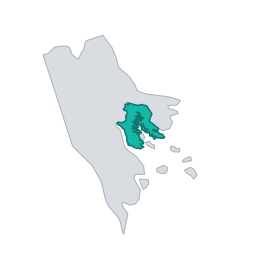 Guinea-Bissau, with Quinara highlighted, rotated 252°
{"feature_id": "GNB-773", "entity_name": "Quinara", "entity_type": "Region", "adm_level": 1, "iso_a3": "GNB", "parent_name": "Guinea-Bissau", "parent_adm1": "", "projection": "albers", "projection_center": [-15.226, 11.637], "detail": "fine", "context": "in_parent", "style": "filled", "palette": "teal", "viewbox_px": 256, "rotation_deg": 252, "n_neighbors": 0, "source": "natural_earth", "source_scale": "10m", "svg_char_len": 6428}
<svg xmlns="http://www.w3.org/2000/svg" viewBox="0 0 256 256"><g transform="rotate(252 128 128)"><path d="M28.5,91.2L32.1,90.6L41.0,91.7L47.9,90.4L52.7,88.3L59.3,85.4L65.7,84.5L85.7,85.9L103.0,82.4L115.9,75.8L127.8,69.7L143.2,69.7L159.7,69.8L183.2,69.8L201.8,69.8L223.8,69.8L223.6,75.3L227.5,82.9L226.9,88.6L225.3,94.0L223.9,96.2L221.9,97.4L216.0,97.4L213.6,98.5L209.6,100.6L209.5,103.1L212.7,105.5L215.3,108.8L218.3,111.4L223.4,114.4L223.9,117.7L224.1,126.1L223.9,132.7L209.4,137.6L198.3,138.5L188.9,138.0L184.8,140.0L176.7,145.0L166.7,148.0L161.5,148.2L159.1,150.0L155.2,155.1L144.4,177.5L140.8,182.8L137.9,186.3L134.5,181.6L137.1,172.8L134.3,172.9L128.8,180.0L126.1,180.2L126.5,171.8L123.4,171.5L119.8,172.1L114.8,167.7L114.4,164.5L114.8,159.9L117.8,157.0L117.4,155.7L114.5,155.4L111.2,156.2L109.2,154.8L112.5,148.9L124.1,143.9L129.9,143.4L135.9,142.2L132.6,138.0L125.6,136.3L119.9,137.4L117.1,140.5L113.6,141.1L107.7,133.8L107.8,130.1L110.0,125.8L113.4,123.9L126.8,123.9L131.9,121.5L134.0,121.0L135.9,118.8L135.5,117.3L133.3,117.3L128.3,120.1L112.1,119.0L107.0,120.8L98.0,127.4L86.9,131.1L78.9,129.5L81.4,120.6L80.3,119.4L77.8,117.9L66.0,120.7L57.1,116.6L53.6,111.7L54.2,105.5L58.4,101.3L59.1,99.2L54.7,98.8L46.5,101.4L28.5,91.2ZM67.4,178.2L62.1,179.2L59.7,175.9L59.4,174.6L62.1,173.5L63.3,173.4L65.4,171.0L68.0,169.4L69.2,168.9L70.5,169.0L71.4,174.4L70.2,176.6L67.4,178.2ZM81.4,151.0L78.3,153.1L75.2,152.1L73.5,150.2L73.7,146.9L77.3,142.1L80.6,142.8L81.4,151.0ZM75.9,123.1L72.5,131.3L68.3,130.4L65.4,125.5L65.1,123.4L73.6,122.8L75.9,123.1ZM93.0,167.8L93.0,170.6L90.2,170.1L89.4,169.2L91.1,164.3L93.5,162.1L96.5,162.4L97.4,163.1L96.8,165.0L95.5,166.6L93.0,167.8ZM104.3,146.3L103.7,147.9L100.0,146.5L105.4,140.9L109.0,139.9L108.9,144.3L106.1,145.2L104.3,146.3ZM81.8,176.7L81.1,178.6L77.3,178.3L78.2,176.4L77.3,175.9L78.4,170.2L79.0,169.3L80.9,171.4L81.2,172.3L81.8,176.7Z" fill="#d9dde1" stroke="#a8b0b8" stroke-width="1"/><path d="M112.6,136.7L112.7,135.8L110.5,137.9L109.4,138.4L108.2,137.6L108.6,137.0L108.5,135.6L108.7,134.8L107.8,134.8L107.3,135.1L106.9,135.5L106.4,135.8L106.4,136.0L105.9,136.6L105.3,137.0L105.1,136.5L104.8,135.4L104.5,134.3L104.5,133.1L105.7,131.3L106.2,129.8L106.7,129.2L109.1,126.6L109.9,126.1L110.3,126.0L110.5,125.8L110.5,125.0L110.7,124.3L111.0,123.7L111.9,122.9L112.3,122.9L112.5,123.4L112.7,123.6L112.9,123.7L113.2,123.9L113.4,123.3L113.8,123.0L114.1,123.1L114.6,122.9L116.1,123.0L118.7,123.7L120.1,123.9L128.3,123.9L128.6,123.7L129.7,122.7L130.0,122.4L131.8,122.0L132.9,121.1L133.7,120.0L134.8,119.3L136.3,119.3L136.5,120.3L136.1,121.7L135.4,122.7L135.0,124.0L135.0,125.6L135.4,127.3L136.1,128.4L137.4,129.0L139.0,129.3L140.5,129.8L141.1,131.0L141.8,131.7L143.4,132.1L144.9,131.8L145.6,130.7L145.9,129.8L146.3,129.5L147.0,129.4L147.6,129.7L147.8,130.2L147.9,130.7L148.3,131.3L148.5,131.9L148.7,132.1L149.1,131.9L149.4,131.8L149.6,131.8L151.3,132.5L151.6,132.8L151.3,133.4L149.7,135.3L149.8,135.7L151.9,135.5L150.3,138.3L147.3,142.8L146.4,144.7L146.4,145.1L146.3,145.9L146.3,147.1L146.3,147.6L146.2,147.9L146.1,148.3L146.0,148.5L145.8,148.8L145.5,149.1L145.1,149.6L144.3,151.2L143.6,152.3L143.2,152.5L142.6,152.8L140.1,153.4L139.8,153.5L139.1,153.8L138.8,153.9L137.2,154.2L134.8,155.0L134.4,155.0L133.9,154.9L133.1,154.5L132.7,154.2L132.4,154.0L131.4,152.7L131.2,152.5L130.9,152.3L130.4,152.1L129.3,151.3L128.1,150.7L127.8,150.6L126.6,151.0L123.4,153.7L122.8,154.1L122.7,154.2L123.1,153.3L119.5,156.2L118.1,156.9L117.1,156.3L116.9,155.6L117.2,153.5L117.6,152.9L118.4,152.0L118.9,151.3L118.6,150.9L117.5,151.2L116.6,152.1L116.1,153.2L115.9,154.4L115.4,155.2L114.5,155.7L113.4,156.0L112.7,156.5L112.1,157.5L111.7,158.4L111.1,159.0L109.8,159.3L108.9,159.5L108.2,159.9L107.7,159.7L107.4,158.3L107.6,157.6L108.6,155.2L108.9,154.6L109.1,154.2L110.9,151.4L109.8,151.4L109.4,150.9L109.4,150.2L109.6,149.2L110.1,149.5L110.7,149.5L111.3,149.2L111.9,148.7L111.9,149.1L112.3,150.1L112.6,149.2L113.1,148.4L113.6,148.3L114.1,149.2L114.6,149.2L114.5,148.5L114.3,147.9L114.0,147.3L113.6,146.8L113.9,146.8L114.0,146.7L114.1,146.4L114.7,146.6L115.4,146.8L116.3,146.8L117.4,147.1L117.8,146.9L117.2,145.9L117.5,145.4L117.7,144.5L118.1,144.5L118.7,145.3L119.6,145.1L120.4,145.2L120.4,146.4L121.6,145.9L121.6,145.0L120.8,144.0L119.9,143.2L119.6,143.3L119.4,143.4L118.6,143.6L118.6,143.2L120.0,142.7L120.7,142.3L121.3,141.8L121.8,142.6L122.6,143.6L123.7,144.1L124.9,143.6L124.1,143.5L124.1,143.1L124.2,142.4L124.0,141.8L123.5,141.5L122.9,141.5L122.5,141.3L122.2,140.4L123.0,140.7L124.4,141.0L124.9,141.3L125.8,140.8L125.7,141.3L125.5,142.2L125.3,142.7L126.9,143.8L127.4,143.7L128.1,142.7L127.7,142.1L126.9,141.0L126.7,140.6L126.9,140.2L127.3,139.6L127.9,139.2L128.5,139.0L129.1,139.5L129.8,139.8L130.5,139.9L130.9,140.2L131.2,140.7L131.3,141.5L131.2,142.2L132.5,141.8L132.4,141.5L132.2,141.1L132.1,140.8L133.1,140.9L133.8,141.3L134.3,141.9L134.8,142.7L132.2,143.2L131.2,143.2L131.5,143.5L131.7,143.8L131.9,144.0L132.5,144.1L132.2,145.1L132.6,145.7L133.1,145.7L133.8,143.9L134.6,143.8L135.3,144.0L135.7,143.9L137.8,143.7L138.4,143.6L139.1,143.2L139.6,142.8L140.0,142.2L140.2,141.3L139.4,141.6L138.8,141.9L138.1,142.1L135.9,142.4L135.4,142.2L135.2,141.5L135.4,141.2L135.7,141.0L136.1,140.9L136.6,140.8L136.4,140.2L136.3,139.9L136.6,139.0L135.9,138.8L135.3,139.2L134.9,139.9L134.8,140.8L133.9,139.8L133.3,139.5L132.5,139.5L132.5,139.0L133.0,138.7L133.9,137.6L133.9,137.2L133.4,136.3L133.0,136.3L132.1,138.5L131.3,138.7L130.3,138.2L129.4,138.1L130.1,137.1L131.0,136.6L131.8,136.1L132.1,134.8L131.5,135.4L130.9,135.7L130.3,135.7L129.8,135.3L129.4,135.3L129.3,136.0L129.1,136.4L128.7,136.6L128.1,136.7L128.2,137.7L127.8,138.0L127.1,137.6L126.7,136.7L125.7,138.2L125.2,137.8L125.5,136.6L127.1,135.8L126.5,135.4L126.3,134.8L126.4,134.2L126.7,133.5L127.1,133.5L127.4,133.7L127.7,133.8L128.5,133.9L128.2,133.0L127.6,132.4L126.3,131.7L125.8,131.7L125.6,132.8L125.2,133.6L124.8,134.6L124.9,135.8L124.2,136.1L123.7,136.9L123.1,137.2L122.7,136.9L122.9,136.3L123.5,135.3L122.8,135.0L122.6,134.1L123.1,132.1L122.4,132.5L122.0,133.1L121.8,133.8L121.7,134.6L120.1,134.7L119.5,134.8L120.4,135.3L120.4,135.8L121.1,136.3L121.9,136.8L122.2,137.4L122.0,138.3L121.4,138.5L120.8,138.2L120.4,137.6L120.1,138.2L119.8,138.7L119.6,139.3L119.5,139.9L119.0,137.3L118.6,136.4L118.3,136.5L118.2,136.4L117.5,136.1L116.3,135.9L116.0,135.9L115.0,136.0L112.8,136.5L112.6,136.7L112.6,136.7Z" fill="#14b8a6" stroke="#0f766e" stroke-width="1.5"/></g></svg>